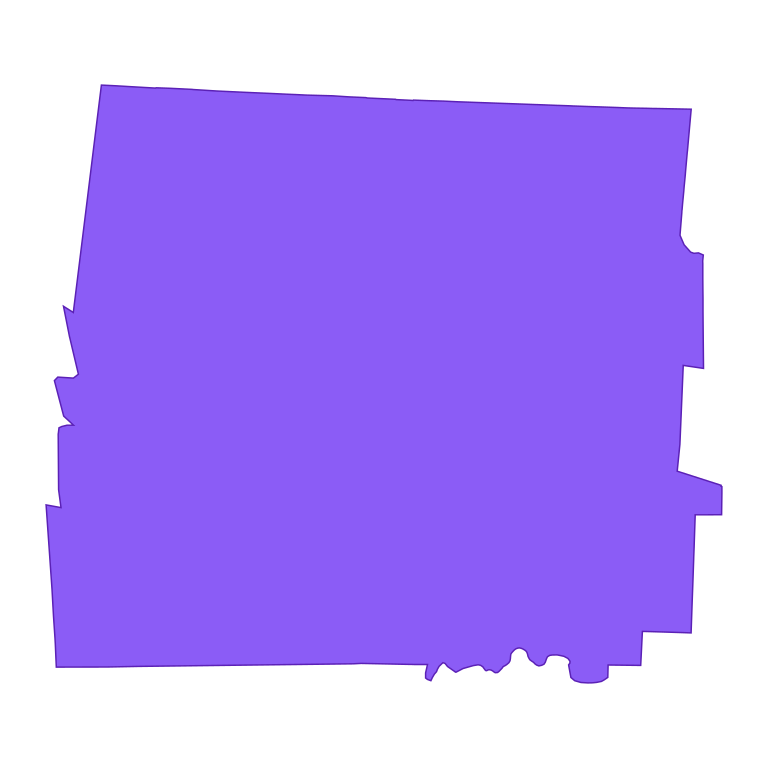 Hualahuises, Nuevo León, Mexico
{"feature_id": "50627088B9840783039526", "entity_name": "Hualahuises", "entity_type": "district", "adm_level": 2, "iso_a3": "MEX", "parent_name": "Mexico", "parent_adm1": "Nuevo León", "projection": "natural_earth1", "projection_center": [-99.659, 24.884], "detail": "fine", "context": "isolated", "style": "filled", "palette": "violet", "viewbox_px": 768, "rotation_deg": 0, "n_neighbors": 0, "source": "geoboundaries", "source_scale": "gbopen_adm2", "svg_char_len": 2855}
<svg xmlns="http://www.w3.org/2000/svg" viewBox="0 0 768 768"><path d="M101.4,85.1L93.7,147.4L86.3,207.5L73.3,312.5L63.5,306.3L69.6,337.2L69.7,337.4L78.4,374.2L73.4,378.1L57.8,377.1L54.4,380.6L63.7,416.1L73.5,425.2L67.1,425.2L61.8,426.5L59.0,427.8L58.4,432.9L58.2,434.0L58.6,489.7L61.0,507.6L46.1,504.9L52.0,589.1L53.5,616.2L55.0,638.5L55.3,643.8L56.3,667.1L107.1,667.0L138.3,666.4L353.3,663.8L361.1,663.4L410.2,664.4L410.9,664.4L411.1,664.4L411.4,664.4L414.4,664.5L427.5,664.5L425.6,672.9L425.6,678.0L427.4,679.4L430.9,680.7L432.4,677.5L434.4,674.1L436.5,671.7L437.5,669.1L439.1,666.3L441.3,664.2L442.9,662.7L445.0,663.4L446.1,664.7L447.5,666.5L449.8,668.1L452.1,669.7L454.8,671.6L455.4,672.1L456.2,672.1L463.1,668.5L473.3,665.6L478.1,664.8L480.6,665.3L482.8,666.8L484.1,668.6L485.3,670.2L486.1,670.7L487.0,670.5L487.7,670.1L489.0,669.7L490.9,670.0L492.5,670.8L493.9,671.9L495.2,672.7L497.6,672.5L499.1,671.3L501.9,668.4L503.2,666.6L505.5,665.4L506.8,664.5L508.9,662.7L510.0,660.8L510.4,658.6L510.5,657.0L510.7,655.1L510.9,654.0L511.7,652.8L512.4,652.0L513.5,650.8L514.5,649.8L515.9,648.8L517.8,648.1L519.4,647.9L520.9,648.2L522.3,648.7L523.4,649.3L524.6,650.0L525.7,650.8L526.7,652.0L527.1,652.9L527.6,654.4L528.0,656.3L528.7,657.8L529.8,659.7L531.8,661.2L533.5,662.3L535.0,663.9L536.7,665.1L538.9,665.9L541.7,665.3L544.0,664.2L545.3,662.2L546.5,658.7L547.5,656.7L549.7,655.4L552.3,655.0L557.1,654.9L560.7,655.6L563.9,656.3L567.9,658.4L570.0,661.2L569.9,663.1L568.6,664.9L570.9,677.5L574.7,680.7L581.0,682.5L587.9,682.9L592.6,682.8L596.6,682.4L601.5,681.4L604.3,679.8L607.8,677.4L608.1,665.0L640.7,665.4L642.4,631.4L642.5,631.4L650.2,631.6L666.9,632.1L682.5,632.6L691.1,632.9L692.1,603.8L692.8,584.7L693.7,558.9L693.7,558.2L694.1,547.5L695.2,514.8L705.2,514.8L721.6,514.7L721.9,493.1L721.9,486.6L721.7,486.5L721.0,486.2L721.1,485.7L721.1,485.3L677.2,471.2L679.9,444.4L683.2,366.4L683.2,365.4L703.5,368.4L703.5,366.6L703.1,325.3L703.0,311.6L703.0,298.8L702.9,290.5L702.8,278.1L702.8,263.7L702.7,261.0L703.3,255.0L698.5,252.9L693.9,253.3L690.6,252.1L684.1,244.8L680.0,235.3L681.8,213.0L681.9,210.9L682.1,209.4L682.6,203.5L683.2,197.3L683.8,191.0L684.1,187.1L684.5,183.1L685.3,174.7L685.6,170.9L687.3,151.9L687.5,150.5L687.5,150.2L687.6,149.1L691.2,109.2L656.1,108.5L655.1,108.5L654.8,108.5L653.7,108.5L646.6,108.3L634.7,108.1L626.8,107.9L617.2,107.5L593.7,106.7L593.1,106.7L573.7,106.0L573.3,106.0L569.6,105.8L558.1,105.4L557.3,105.4L536.7,104.6L536.1,104.6L508.5,103.6L458.3,101.8L443.5,101.1L429.3,100.7L413.4,100.1L413.1,100.5L410.5,100.3L396.0,99.6L395.6,99.3L367.4,98.0L365.8,97.6L349.4,96.9L332.5,95.8L306.5,95.1L304.4,95.0L296.4,94.6L286.5,94.2L271.8,93.5L244.3,92.3L216.7,91.0L192.7,89.5L192.4,89.4L170.1,88.3L156.0,87.8L155.6,88.1L131.1,86.7L121.2,86.1L114.1,85.7L103.7,85.2L101.4,85.1Z" fill="#8b5cf6" stroke="#5b21b6" stroke-width="1.5"/></svg>